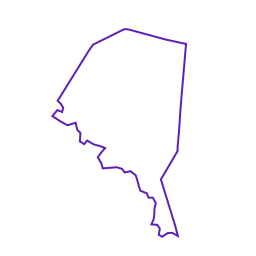 outline of Angelim, Pernambuco, Brazil, rotated 195°
{"feature_id": "56859067B85610748875596", "entity_name": "Angelim", "entity_type": "district", "adm_level": 2, "iso_a3": "BRA", "parent_name": "Brazil", "parent_adm1": "Pernambuco", "projection": "albers", "projection_center": [-36.281, -8.876], "detail": "fine", "context": "isolated", "style": "outline", "palette": "violet", "viewbox_px": 256, "rotation_deg": 195, "n_neighbors": 0, "source": "geoboundaries", "source_scale": "gbopen_adm2", "svg_char_len": 852}
<svg xmlns="http://www.w3.org/2000/svg" viewBox="0 0 256 256"><g transform="rotate(195 128 128)"><path d="M102.4,74.5L99.8,70.6L93.0,69.8L90.1,66.0L86.0,67.1L81.7,62.6L81.6,56.8L80.4,52.2L79.6,46.6L80.4,41.0L74.6,42.0L71.2,39.0L70.6,32.8L66.9,31.8L62.3,36.9L58.1,38.2L51.9,36.6L56.5,44.8L74.6,73.6L82.9,86.9L81.2,92.9L74.2,118.4L75.4,123.8L77.7,137.1L82.3,160.5L84.5,172.6L93.7,224.2L114.7,223.2L153.2,223.3L157.2,222.5L183.3,199.5L185.8,192.7L203.0,136.1L198.9,133.8L195.8,130.7L195.8,126.4L200.9,127.0L204.1,119.9L198.3,118.0L194.5,116.8L190.8,115.9L187.1,115.0L180.0,119.5L176.5,113.1L172.7,110.9L171.0,102.6L166.1,101.1L164.2,105.3L156.9,103.3L150.9,103.3L144.9,102.7L147.0,98.5L149.6,92.0L144.3,86.6L141.9,82.5L128.6,87.2L123.2,87.0L119.7,84.2L114.5,86.9L108.3,84.3L104.9,79.0L102.4,74.5Z" fill="none" stroke="#5b21b6" stroke-width="2"/></g></svg>